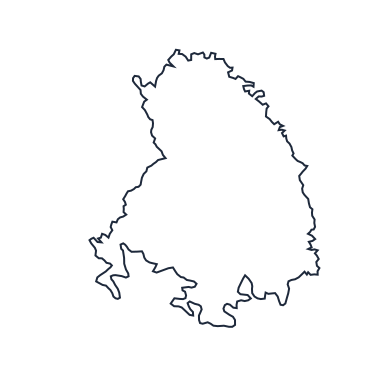 outline of Laranjal, Paraná, Brazil, rotated 343°
{"feature_id": "56859067B49556592741492", "entity_name": "Laranjal", "entity_type": "district", "adm_level": 2, "iso_a3": "BRA", "parent_name": "Brazil", "parent_adm1": "Paraná", "projection": "orthographic", "projection_center": [-52.508, -24.893], "detail": "fine", "context": "isolated", "style": "outline", "palette": "slate", "viewbox_px": 384, "rotation_deg": 343, "n_neighbors": 0, "source": "geoboundaries", "source_scale": "gbopen_adm2", "svg_char_len": 4700}
<svg xmlns="http://www.w3.org/2000/svg" viewBox="0 0 384 384"><g transform="rotate(343 192 192)"><path d="M81.1,224.5L83.5,228.1L86.5,229.1L88.3,231.9L89.5,234.7L92.7,236.5L93.9,238.8L92.0,240.2L89.5,241.2L86.3,242.8L79.8,244.7L76.5,246.0L74.2,249.5L79.3,254.7L82.4,256.4L84.0,259.7L85.3,261.9L86.2,265.5L86.3,269.0L87.8,271.3L89.8,272.5L92.2,272.0L93.0,266.9L92.7,262.8L91.3,258.3L90.6,254.4L89.4,251.9L89.7,248.9L92.2,248.6L94.5,249.1L100.2,251.9L103.8,254.5L106.7,254.1L107.2,251.2L106.2,246.8L106.2,240.8L107.8,235.2L108.9,227.8L107.7,225.6L108.3,221.4L111.2,221.0L112.7,222.9L113.7,225.3L114.5,228.4L116.7,231.5L122.5,233.1L126.8,234.1L127.4,237.0L127.2,240.8L128.1,244.0L130.7,246.9L132.8,248.2L137.2,250.7L134.9,253.3L131.5,256.4L134.6,258.7L147.1,258.0L151.7,258.6L152.9,263.1L153.9,266.3L156.5,270.1L159.0,271.3L161.3,274.6L164.2,276.1L167.7,278.1L169.5,281.1L167.0,283.4L163.6,283.3L161.0,281.8L154.6,280.7L154.2,283.3L156.2,285.3L156.1,289.2L154.7,291.6L152.1,291.8L149.1,290.7L144.1,288.5L139.0,292.5L141.5,296.0L145.8,297.5L148.4,299.4L149.8,301.8L153.8,308.8L157.0,310.5L157.8,307.0L156.1,303.6L155.5,300.5L155.3,297.0L157.8,296.0L161.9,299.7L165.4,301.8L167.0,303.9L166.9,307.1L164.9,309.5L162.5,312.2L161.3,316.6L161.4,319.7L163.7,321.1L168.9,321.2L171.3,323.4L173.4,326.1L177.4,327.8L183.4,329.2L187.9,331.7L191.1,332.7L194.3,331.7L195.7,327.0L194.7,323.3L191.9,320.4L188.0,315.6L188.0,312.7L190.3,309.8L192.8,309.2L195.3,310.8L197.7,314.7L200.8,316.1L201.6,313.0L203.2,309.9L207.3,309.9L210.5,311.7L214.0,312.0L217.1,311.0L215.1,306.8L210.7,304.9L208.4,303.9L206.7,300.8L208.6,297.2L212.1,293.4L215.7,289.6L218.4,287.2L220.8,291.5L222.4,296.5L222.1,299.7L221.0,302.3L220.0,306.3L221.2,310.2L223.6,312.9L226.5,314.5L230.4,315.2L231.4,312.9L233.0,309.7L235.2,311.7L238.4,312.3L241.9,313.0L243.4,317.0L243.4,321.8L243.7,325.7L246.0,326.9L248.7,325.9L251.8,321.0L254.3,317.2L256.6,312.8L256.5,308.3L258.2,305.6L261.4,305.2L265.1,305.6L269.1,304.8L273.1,302.8L276.3,301.1L277.7,304.5L279.6,302.7L281.2,305.9L284.8,306.5L288.0,307.8L288.9,304.5L291.6,302.0L289.9,299.1L290.4,295.3L293.6,293.1L292.8,289.3L291.6,286.6L295.1,284.5L292.4,282.7L289.4,282.4L286.5,280.5L290.2,279.9L290.0,277.0L289.2,273.8L292.9,274.0L296.0,273.0L294.0,268.9L290.7,265.9L293.3,264.7L295.2,263.0L297.4,263.4L299.5,261.3L299.9,257.4L301.2,254.1L300.0,249.9L300.7,246.8L302.1,243.7L300.4,241.1L300.5,237.0L301.1,232.6L299.8,230.0L298.6,227.4L297.8,224.7L298.3,221.0L300.4,218.0L298.6,212.2L299.2,208.0L301.8,206.3L303.8,204.9L307.4,202.9L309.8,200.8L307.4,199.5L306.2,196.8L304.3,195.0L302.1,193.2L300.7,190.8L298.6,186.5L300.4,184.8L299.9,181.5L300.2,178.1L299.4,174.2L297.8,171.4L297.8,168.4L298.4,165.6L295.9,165.6L295.3,161.9L298.6,160.3L296.1,158.7L293.0,158.2L295.0,155.6L298.4,155.4L295.8,153.0L294.9,150.0L290.4,151.2L288.8,148.2L287.6,145.0L284.8,141.4L286.5,136.9L287.8,134.0L290.2,132.4L288.7,128.9L285.1,129.2L282.5,124.9L280.2,121.7L283.7,120.1L286.5,121.1L289.1,121.1L289.7,117.5L288.2,115.4L283.6,114.9L281.0,115.9L277.6,118.0L275.2,114.5L276.3,111.9L272.2,111.4L271.8,108.8L272.0,105.7L276.2,106.4L279.8,107.4L281.6,109.3L282.9,105.9L279.3,103.6L275.5,102.1L274.2,98.8L271.8,96.4L269.9,94.7L266.7,96.6L264.6,94.9L261.3,92.7L261.5,88.1L265.8,87.5L267.1,84.9L264.7,84.3L263.0,82.1L261.4,77.7L261.0,74.0L256.5,72.6L253.1,71.7L253.6,69.1L254.9,66.7L251.0,64.5L247.8,68.5L245.2,68.7L243.2,66.9L244.0,64.2L243.2,61.8L238.0,62.1L234.8,59.8L231.5,60.1L229.8,65.5L226.8,65.2L225.5,60.7L222.9,57.2L219.7,56.0L221.4,52.9L218.2,51.3L214.8,55.0L211.8,56.4L207.9,58.8L208.4,61.7L211.0,66.5L208.5,65.0L204.8,62.7L202.2,64.1L200.4,67.2L197.9,69.7L194.2,71.0L192.0,72.7L190.2,75.2L187.5,80.4L184.1,74.9L181.6,75.5L177.6,77.2L174.9,75.4L175.3,71.7L175.9,68.9L174.8,65.9L171.1,64.2L168.9,65.9L168.0,68.5L169.0,71.7L172.6,79.4L171.8,83.1L173.0,86.4L175.8,90.5L172.7,91.6L169.1,96.2L170.9,99.9L171.9,104.9L172.1,107.5L173.2,110.2L175.3,111.7L174.8,114.9L173.4,118.4L171.3,120.6L170.3,122.9L170.3,126.4L172.4,130.0L169.8,133.5L171.0,135.7L171.5,138.4L173.0,141.0L174.8,144.2L175.0,148.0L176.6,151.9L168.9,151.5L166.2,152.9L163.3,153.8L160.9,154.9L156.4,155.6L154.4,158.9L151.1,160.6L148.3,163.7L146.2,167.6L145.0,170.0L142.4,171.4L139.6,171.0L137.3,172.2L134.1,172.9L131.0,172.6L129.0,174.3L126.9,176.4L124.1,178.8L125.0,182.0L125.0,184.8L122.4,185.6L121.8,188.3L120.7,191.2L122.5,194.4L119.0,195.4L115.8,195.3L113.1,196.4L110.9,199.0L107.2,197.1L105.4,199.4L104.0,201.7L104.6,205.3L101.2,207.9L98.8,211.2L96.5,207.7L93.8,205.7L91.5,209.0L88.6,209.0L90.7,213.7L87.0,212.2L85.7,209.4L84.5,207.0L82.1,207.3L79.9,208.1L80.6,211.6L82.8,217.0L83.1,220.0L81.1,224.5Z" fill="none" stroke="#1e293b" stroke-width="2"/></g></svg>